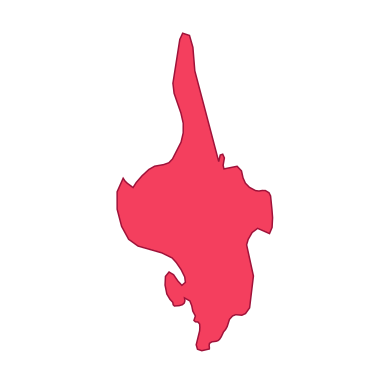 map outline of Hiiu (Equal Earth projection), rotated 80°
{"feature_id": "EST-1660", "entity_name": "Hiiu", "entity_type": "County", "adm_level": 1, "iso_a3": "EST", "parent_name": "Estonia", "parent_adm1": "", "projection": "equal_earth", "projection_center": [22.694, 58.888], "detail": "fine", "context": "isolated", "style": "filled", "palette": "rose", "viewbox_px": 384, "rotation_deg": 80, "n_neighbors": 0, "source": "natural_earth", "source_scale": "10m", "svg_char_len": 1447}
<svg xmlns="http://www.w3.org/2000/svg" viewBox="0 0 384 384"><g transform="rotate(80 192 192)"><path d="M112.3,189.2L91.7,192.5L81.6,191.9L39.6,177.5L34.0,173.6L37.4,167.3L49.7,166.0L73.2,168.2L166.7,160.4L160.5,157.8L160.1,155.2L164.1,154.2L171.1,156.7L174.8,156.5L174.5,143.1L179.8,139.6L187.0,139.3L192.6,137.9L197.3,134.7L201.6,129.3L202.7,125.9L202.7,122.7L203.3,119.5L206.1,116.3L209.5,115.3L223.0,116.3L231.3,117.1L240.8,119.3L246.4,122.9L239.2,133.7L242.3,139.8L248.4,144.9L253.5,147.4L285.4,146.1L316.1,155.4L321.0,160.4L322.0,164.3L320.4,170.2L321.1,173.6L323.9,177.2L330.6,180.7L333.2,182.8L335.2,185.2L339.7,188.4L341.9,190.5L342.9,192.3L343.2,194.2L343.0,198.5L344.1,201.1L346.2,201.8L348.4,201.9L349.6,202.2L350.0,209.9L347.8,213.9L343.2,214.4L330.1,208.6L326.8,207.8L323.4,207.4L321.1,208.7L320.4,211.2L318.8,212.4L314.7,210.2L309.4,211.9L304.0,212.0L298.9,213.0L295.0,217.8L298.0,217.9L300.0,218.9L301.3,221.0L301.7,224.3L301.2,229.1L299.8,230.1L297.3,230.1L293.9,232.3L288.1,234.5L279.0,234.7L270.5,232.8L266.8,228.5L270.3,224.5L277.2,221.4L282.2,218.2L279.8,214.2L274.4,213.9L266.5,216.2L258.8,219.7L253.5,223.0L246.7,232.3L235.9,254.5L227.6,262.6L213.6,267.3L196.0,268.7L178.8,265.7L166.5,257.4L169.5,256.1L172.2,254.2L177.4,249.3L173.0,245.3L167.3,238.3L162.3,230.5L160.1,224.3L160.1,215.1L159.2,209.7L156.1,205.5L141.0,194.1L132.3,190.4L122.8,188.7L112.3,189.2Z" fill="#f43f5e" stroke="#9f1239" stroke-width="1.5"/></g></svg>